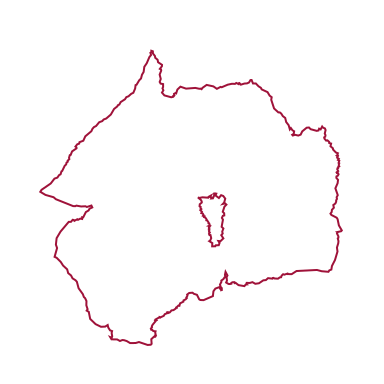 Magelang, Jawa Tengah, Indonesia, rotated 172°
{"feature_id": "22746128B50341569898666", "entity_name": "Magelang", "entity_type": "district", "adm_level": 2, "iso_a3": "IDN", "parent_name": "Indonesia", "parent_adm1": "Jawa Tengah", "projection": "mercator", "projection_center": [110.25, -7.514], "detail": "fine", "context": "isolated", "style": "outline", "palette": "rose", "viewbox_px": 384, "rotation_deg": 172, "n_neighbors": 0, "source": "geoboundaries", "source_scale": "gbopen_adm2", "svg_char_len": 5898}
<svg xmlns="http://www.w3.org/2000/svg" viewBox="0 0 384 384"><g transform="rotate(172 192 192)"><path d="M337.1,146.9L335.2,145.7L331.7,141.0L329.9,137.1L326.4,132.8L325.9,128.9L323.4,126.2L322.3,123.1L319.6,120.8L318.5,119.1L317.7,112.5L314.3,106.0L313.7,103.1L312.6,101.7L311.7,98.7L312.4,94.5L311.7,90.5L312.8,89.2L310.9,87.7L310.5,80.5L305.9,74.6L300.9,71.2L296.7,70.8L294.0,72.0L293.8,69.5L292.4,66.4L290.5,65.4L291.2,63.6L291.1,60.2L291.8,58.9L293.2,59.7L292.2,57.3L286.6,56.4L284.1,54.5L281.5,55.1L279.9,54.7L277.4,53.5L274.3,51.0L268.8,50.3L265.4,50.8L257.2,46.7L254.1,46.5L253.1,47.3L252.8,51.9L250.1,53.8L248.5,53.8L247.8,54.7L248.3,55.2L247.8,55.4L248.0,57.9L247.5,59.1L249.7,59.7L250.6,61.1L251.5,61.2L251.8,62.4L250.4,63.7L250.5,64.6L249.5,66.0L246.1,69.1L246.4,69.8L245.1,70.0L245.7,70.9L242.1,72.3L241.5,72.1L241.4,72.7L240.5,72.3L237.2,73.3L236.0,74.8L233.3,75.5L233.4,76.3L232.6,76.4L232.3,75.5L230.7,75.9L228.8,77.6L226.8,77.6L224.4,78.8L223.9,79.7L223.2,79.5L223.1,80.1L221.2,81.5L220.3,81.1L219.3,83.4L215.8,84.6L215.5,85.8L213.2,86.6L211.9,87.7L212.3,88.3L210.9,90.0L211.1,91.1L208.8,92.4L205.5,92.2L204.3,90.9L201.4,89.5L199.8,84.7L198.8,83.9L195.6,83.3L185.8,86.0L184.6,90.7L182.3,93.1L178.2,94.0L177.7,92.3L176.8,91.7L176.8,90.7L176.1,90.8L175.9,92.7L176.7,93.6L177.2,96.4L175.4,98.9L175.3,100.2L173.0,101.4L171.8,102.8L170.8,102.8L170.9,105.4L169.9,108.2L168.5,104.4L169.6,102.9L169.7,99.4L170.8,97.6L168.7,95.9L167.4,95.6L165.9,95.7L165.9,96.3L164.6,97.0L162.5,96.8L162.4,95.8L161.3,95.8L158.9,93.3L153.2,91.5L151.8,92.8L150.8,92.8L151.1,93.1L150.5,94.4L147.4,93.9L144.7,94.3L142.1,92.3L138.4,92.3L133.7,94.6L131.1,94.5L128.7,96.1L124.4,95.0L124.0,95.6L123.2,95.6L122.4,94.9L118.9,94.2L117.0,95.2L115.6,95.2L114.9,96.7L113.2,97.9L112.1,97.3L108.8,97.9L108.7,97.4L104.7,96.8L99.5,99.2L79.1,97.4L74.6,95.5L68.0,94.0L66.9,95.3L64.8,95.8L63.7,99.3L59.9,104.7L56.2,112.8L56.2,116.8L54.3,120.9L53.8,123.0L54.1,125.8L53.4,126.3L53.2,127.7L54.2,130.7L53.5,131.6L53.9,132.1L49.8,132.4L49.0,133.1L51.2,138.5L51.6,144.8L52.3,146.4L57.2,149.9L57.9,151.3L56.5,152.7L55.9,154.9L53.7,156.7L53.9,159.4L51.6,160.7L50.6,162.3L50.4,163.7L49.4,165.0L49.5,166.7L48.1,168.6L49.5,175.7L46.6,180.4L45.7,183.7L47.1,185.9L46.8,187.3L45.3,187.9L44.4,189.1L44.7,190.2L45.8,190.5L46.1,191.3L44.3,192.4L45.0,194.3L44.6,195.3L43.9,195.4L43.7,196.5L42.6,196.9L43.0,198.1L42.2,199.9L42.8,200.4L41.8,202.5L43.0,203.4L42.0,204.4L43.5,205.8L42.8,206.8L43.5,207.7L42.4,207.9L42.8,209.3L42.2,210.1L44.0,211.1L46.4,214.4L46.4,215.7L48.5,218.0L47.5,220.6L49.3,221.4L49.2,222.5L50.7,224.3L52.0,224.2L53.4,226.4L53.5,227.7L52.4,228.2L51.9,229.7L52.4,231.4L51.1,234.7L51.5,236.4L53.4,237.6L54.0,238.7L55.9,236.1L57.3,237.0L58.2,235.3L60.0,235.2L65.8,237.7L67.2,239.6L69.5,239.7L74.4,236.7L76.4,233.7L78.9,233.1L82.0,234.3L84.3,233.9L84.8,234.7L83.2,235.4L82.4,237.9L83.9,239.1L85.2,241.6L86.4,240.4L87.0,244.7L89.0,248.2L89.4,252.4L91.5,254.5L92.7,257.2L94.0,258.6L95.4,258.8L99.1,263.3L100.7,272.3L99.9,274.8L101.7,276.6L103.3,280.4L108.7,283.9L109.3,285.6L111.4,287.4L113.7,290.6L116.5,291.0L117.4,294.6L118.5,294.7L120.3,292.5L122.4,291.9L125.0,292.1L128.7,291.5L129.9,293.3L130.6,293.2L130.9,292.4L133.0,293.8L134.3,293.1L137.5,293.6L141.7,293.3L148.0,291.6L149.1,292.1L153.0,290.7L156.1,293.6L162.6,296.0L166.9,293.8L168.8,291.9L168.3,293.1L170.4,293.2L174.2,294.6L183.5,295.2L188.8,297.9L192.2,295.5L193.9,292.0L194.3,292.4L196.1,291.7L196.0,290.7L196.9,290.0L196.4,289.7L197.3,288.9L199.4,288.7L205.9,291.5L207.9,294.6L206.2,296.7L206.8,298.8L206.0,300.0L205.6,302.9L208.0,303.7L208.7,305.5L207.2,308.3L207.7,312.8L205.6,316.5L205.6,317.6L206.7,318.4L204.3,320.7L204.0,322.1L207.5,325.2L207.7,327.8L209.7,330.0L209.8,331.9L211.4,334.6L211.2,336.8L212.6,337.5L212.9,335.9L213.8,335.6L213.5,333.3L215.4,331.6L218.9,325.8L221.8,322.6L223.2,317.6L225.2,315.1L226.7,311.5L228.7,310.0L232.0,305.9L233.0,305.7L233.9,302.4L236.3,298.4L238.5,297.7L241.6,295.6L243.8,295.1L245.4,293.2L250.1,291.0L251.8,288.7L253.4,288.2L254.0,287.2L257.6,285.1L261.6,280.0L266.7,276.7L269.4,276.1L271.0,274.7L274.2,274.0L277.8,270.7L280.1,269.9L281.8,268.4L283.2,266.2L289.9,262.0L292.5,257.9L296.5,257.0L297.0,255.6L299.0,255.2L301.1,253.2L300.2,252.2L300.3,251.3L305.1,248.9L307.0,245.6L307.9,245.5L309.0,243.0L308.9,241.6L310.8,240.3L310.8,239.3L312.2,238.5L312.8,236.8L314.4,235.7L317.6,230.9L318.4,230.6L319.7,227.8L321.3,227.2L323.3,225.0L326.3,224.4L330.7,220.1L340.7,215.1L342.2,213.3L337.5,209.5L329.8,206.1L327.8,203.8L311.7,194.6L309.6,194.2L308.4,194.6L303.8,193.1L299.5,192.7L298.2,191.8L293.5,192.6L292.9,190.6L295.8,189.7L297.0,188.1L299.9,186.9L303.3,182.0L304.3,182.3L304.6,180.6L306.3,181.2L308.8,180.3L309.4,181.0L312.5,179.8L312.9,180.7L314.0,181.1L316.0,179.3L318.2,179.6L327.7,171.1L332.5,165.1L334.1,158.8L333.4,155.3L337.1,146.9ZM176.5,135.0L179.6,135.4L179.0,138.6L181.7,140.9L180.8,141.3L179.4,143.6L179.7,146.8L180.7,147.0L181.0,148.2L180.0,149.5L180.7,150.2L180.2,151.9L181.1,152.5L180.0,152.4L179.9,153.4L180.4,153.3L180.1,154.8L179.0,155.7L180.1,156.1L179.0,156.5L179.3,158.3L180.0,158.7L179.8,159.4L180.9,161.7L181.7,162.0L181.4,162.9L182.3,164.7L183.5,165.4L183.0,166.2L184.5,166.9L183.8,167.7L184.3,169.1L185.7,169.8L184.9,171.0L186.3,172.9L185.1,173.8L185.9,175.1L185.5,176.0L186.5,176.9L186.0,178.8L183.8,180.2L183.7,181.4L184.3,182.9L186.9,185.8L185.5,185.1L182.4,185.3L176.7,184.1L176.3,184.9L173.9,185.8L174.9,184.6L173.2,183.8L173.8,182.9L172.2,182.8L170.5,185.5L170.3,187.4L169.4,187.4L168.2,187.0L169.2,185.3L166.2,182.3L163.6,184.8L161.6,183.7L160.0,180.8L161.6,177.1L163.1,175.9L160.8,176.1L159.7,174.7L161.9,173.0L164.3,168.1L163.1,166.5L163.3,164.3L164.8,164.1L166.0,162.2L165.2,160.3L167.5,153.4L166.0,151.5L167.6,148.5L167.4,146.6L169.0,145.2L167.4,141.7L170.7,139.3L172.7,139.8L171.8,137.7L172.9,135.6L175.9,135.9L176.5,135.0Z" fill="none" stroke="#9f1239" stroke-width="2"/></g></svg>